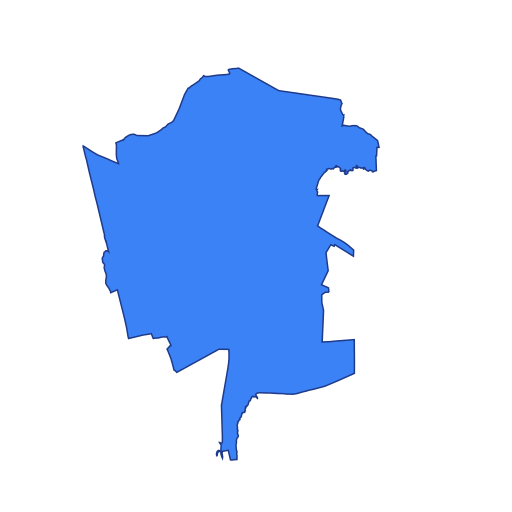 Varvoru De Jos, Dolj, Romania, rotated 252°
{"feature_id": "2599482B75592269034356", "entity_name": "Varvoru De Jos", "entity_type": "district", "adm_level": 2, "iso_a3": "ROU", "parent_name": "Romania", "parent_adm1": "Dolj", "projection": "equal_earth", "projection_center": [23.577, 44.231], "detail": "fine", "context": "isolated", "style": "filled", "palette": "blue", "viewbox_px": 512, "rotation_deg": 252, "n_neighbors": 0, "source": "geoboundaries", "source_scale": "gbopen_adm2", "svg_char_len": 6024}
<svg xmlns="http://www.w3.org/2000/svg" viewBox="0 0 512 512"><g transform="rotate(252 256 256)"><path d="M146.1,323.6L149.4,309.9L150.5,305.4L151.7,299.8L153.8,292.3L155.2,292.9L181.9,302.9L183.9,303.5L191.3,304.2L198.7,306.5L199.3,308.0L200.1,310.8L199.9,311.6L199.2,313.6L199.6,314.3L203.3,315.1L208.4,309.4L219.7,320.1L232.2,322.5L237.3,323.6L237.7,323.8L243.6,330.6L241.1,333.3L242.4,334.3L242.4,334.6L238.8,337.5L231.2,344.0L229.2,345.6L225.7,348.6L231.4,350.7L237.6,347.0L241.4,344.3L245.0,341.2L248.4,337.8L249.8,336.8L251.7,335.1L257.6,330.2L259.3,329.0L262.7,326.0L264.0,325.1L265.6,323.9L290.9,344.2L294.5,333.0L296.3,333.5L297.8,334.4L298.6,334.1L299.7,334.1L300.0,334.3L300.3,334.7L300.4,334.1L301.0,333.8L308.5,339.0L310.4,341.4L310.7,341.5L314.3,346.9L314.5,348.0L315.0,348.3L315.2,348.7L315.0,349.2L315.2,349.4L315.5,350.0L316.3,349.9L316.7,350.1L316.8,350.6L316.5,351.4L316.6,352.5L316.3,353.1L315.4,354.3L315.6,355.6L314.9,356.4L314.9,356.6L316.0,357.9L315.7,359.6L315.7,359.8L316.1,360.0L316.9,359.6L317.1,359.9L317.1,360.4L316.9,360.7L315.8,361.0L315.5,361.3L315.5,361.8L315.2,362.2L314.1,362.8L313.2,363.5L312.8,363.5L312.0,362.8L311.3,362.6L310.7,362.7L310.4,362.9L310.1,363.6L310.4,364.5L309.4,365.3L309.3,365.8L309.3,366.1L310.3,366.9L310.2,367.3L309.9,367.8L309.6,367.9L308.8,367.7L308.4,367.3L307.6,366.0L307.4,365.8L306.6,365.8L306.0,366.3L305.8,367.5L306.2,367.8L306.6,369.1L307.4,368.9L307.7,369.2L308.2,370.4L308.4,370.6L308.2,371.8L308.8,372.2L308.8,372.5L308.6,372.7L307.5,373.5L307.4,374.6L307.9,374.9L309.4,375.2L309.8,375.4L309.9,375.7L309.9,377.0L309.1,377.6L308.4,378.9L310.3,379.0L310.8,379.4L310.9,379.9L310.7,380.1L309.8,380.1L309.1,379.7L308.5,380.0L308.3,380.4L308.5,381.3L308.4,381.5L307.7,382.6L307.1,383.0L307.0,384.5L306.8,384.7L305.4,385.1L305.4,385.3L305.5,385.6L306.7,386.0L306.7,386.4L306.3,386.7L305.2,386.6L304.9,386.8L303.1,387.9L302.0,389.0L302.0,389.5L302.5,390.5L302.0,391.6L301.2,392.6L300.1,392.8L299.8,393.2L300.1,394.8L300.0,396.9L314.1,400.9L314.0,401.6L320.5,404.1L321.9,404.5L321.3,406.6L328.2,407.3L332.5,404.5L333.5,403.7L336.2,402.3L336.8,401.7L337.3,400.6L337.9,400.0L340.4,398.5L343.2,397.4L345.6,394.6L346.0,393.9L348.1,392.6L349.0,391.4L350.0,388.7L350.3,387.1L350.3,386.2L350.4,385.4L351.2,383.5L353.5,379.3L353.0,378.8L353.0,378.1L360.7,382.3L362.7,382.8L363.0,383.0L363.0,382.7L364.1,382.1L366.9,381.8L367.5,381.6L369.5,381.6L371.1,382.4L373.1,383.7L374.6,385.0L375.1,384.7L377.6,384.7L378.3,384.6L379.0,383.4L379.5,382.3L379.8,382.4L405.9,329.4L406.9,328.1L440.1,297.5L440.2,296.2L441.3,291.7L441.8,288.3L441.8,287.6L441.7,287.3L441.3,287.1L438.2,287.5L437.5,287.3L437.3,287.1L437.3,286.8L437.7,283.9L439.9,275.2L441.3,267.0L441.7,265.2L442.7,262.6L443.0,262.3L443.7,262.1L443.7,261.8L443.0,261.1L441.9,259.1L441.8,258.2L441.2,257.3L440.4,256.4L440.1,255.8L438.0,248.7L437.6,246.7L437.0,245.6L436.8,245.0L436.5,244.8L436.6,243.3L431.6,237.9L419.4,228.1L410.4,219.6L409.5,218.1L409.1,216.8L408.6,213.1L406.6,209.6L406.6,207.6L405.3,204.6L403.8,199.4L403.7,190.6L407.3,180.2L408.2,179.0L409.0,178.3L409.7,177.1L410.2,174.4L410.1,172.4L409.3,169.0L408.5,167.3L407.1,165.5L407.6,165.3L406.9,157.7L404.5,157.5L396.0,154.6L392.4,153.8L391.1,153.7L387.9,153.9L386.3,153.8L390.4,148.9L394.4,144.5L401.1,136.6L405.5,132.7L414.1,125.7L413.6,125.4L409.3,125.1L403.3,124.6L399.7,124.5L386.5,123.3L370.6,122.2L361.9,121.4L356.0,121.1L322.6,118.4L322.1,118.4L321.9,118.0L321.4,117.9L319.9,117.7L316.4,117.7L316.3,118.1L315.8,118.0L315.8,117.8L310.8,117.5L305.7,117.1L306.3,116.8L306.6,116.5L307.1,115.5L307.4,114.7L306.7,113.8L306.5,112.7L304.2,111.4L303.0,111.0L302.7,110.7L302.4,110.0L301.4,109.1L300.5,108.8L299.5,108.8L298.1,108.4L297.5,108.4L296.9,108.4L295.3,109.2L294.3,109.2L293.4,108.8L291.9,108.0L288.8,107.7L285.7,107.9L283.7,107.7L282.3,107.2L279.0,105.5L276.5,104.7L274.2,105.0L271.0,106.1L269.4,106.3L267.6,106.7L266.0,106.5L266.7,113.7L237.4,111.7L227.2,110.7L219.5,109.5L216.9,109.3L215.7,124.5L214.9,129.1L214.5,132.4L209.3,132.8L209.0,134.8L208.2,138.0L208.0,141.4L207.5,143.5L206.8,145.1L206.9,146.3L202.6,146.8L199.5,147.3L197.0,147.5L196.9,147.4L197.0,147.0L197.1,146.3L196.3,145.5L196.3,144.6L195.6,144.1L195.3,143.3L195.0,142.7L194.7,142.6L194.1,142.8L184.9,143.4L179.2,143.2L172.8,142.8L171.7,143.8L169.8,144.7L178.8,191.9L175.6,201.3L171.6,200.2L167.0,198.7L163.1,197.1L157.6,194.4L127.7,178.6L127.2,178.5L125.0,177.1L95.2,168.4L89.7,166.6L88.6,165.9L88.5,165.7L89.0,164.6L89.8,163.9L89.9,163.7L86.7,164.4L82.3,162.6L81.4,162.5L81.6,161.6L82.6,160.6L82.2,160.1L82.5,159.5L82.4,159.2L81.6,158.2L80.8,157.8L80.0,157.2L78.7,157.1L78.2,156.9L78.1,157.2L78.3,157.4L80.0,158.2L81.3,159.4L81.5,160.2L81.5,160.6L80.6,162.1L80.1,162.2L78.9,161.5L75.7,161.4L74.0,161.6L75.4,162.3L76.7,162.4L79.2,162.9L80.4,163.6L80.5,164.1L79.8,169.6L70.0,168.7L69.5,169.7L68.9,172.8L68.3,174.9L70.3,175.7L72.3,176.3L74.0,176.5L75.5,177.4L78.0,177.5L82.3,178.5L84.8,179.9L85.6,179.9L87.8,181.0L88.5,181.5L89.6,183.1L90.3,183.6L91.6,183.7L92.8,183.4L93.3,183.9L94.5,183.8L94.9,184.5L95.6,184.9L96.1,184.9L97.0,184.6L98.0,185.3L99.0,185.3L100.1,185.7L101.2,185.9L102.9,187.2L103.8,187.2L104.0,188.2L104.9,188.9L105.5,189.5L105.3,190.0L105.8,190.4L106.8,190.5L107.0,190.8L107.7,192.4L108.5,192.6L110.0,193.8L110.4,193.7L110.7,193.9L110.8,194.5L111.3,195.0L110.8,196.1L110.9,197.0L112.1,197.4L112.1,198.0L112.7,198.0L114.1,198.6L114.3,199.1L115.8,199.3L115.9,199.5L115.3,199.7L115.3,199.8L115.8,200.5L116.2,200.6L116.3,201.6L117.8,203.1L118.8,203.6L120.1,204.6L120.1,205.7L121.8,207.0L122.0,207.2L122.2,207.7L123.3,208.5L123.4,209.4L123.6,209.7L123.3,210.1L122.9,210.0L122.6,210.5L122.0,212.7L121.6,212.9L120.1,213.3L120.2,213.5L121.4,213.5L123.8,212.8L124.2,212.8L125.1,214.1L125.1,215.8L124.8,217.3L122.9,222.4L121.4,226.9L118.7,233.7L116.4,240.1L115.5,241.8L113.1,248.6L112.5,252.5L112.3,258.9L112.0,262.3L112.0,264.6L111.5,269.4L111.0,279.0L110.9,281.7L112.2,296.3L114.0,313.3L125.5,317.1L146.1,323.6Z" fill="#3b82f6" stroke="#1e3a8a" stroke-width="1.5"/></g></svg>